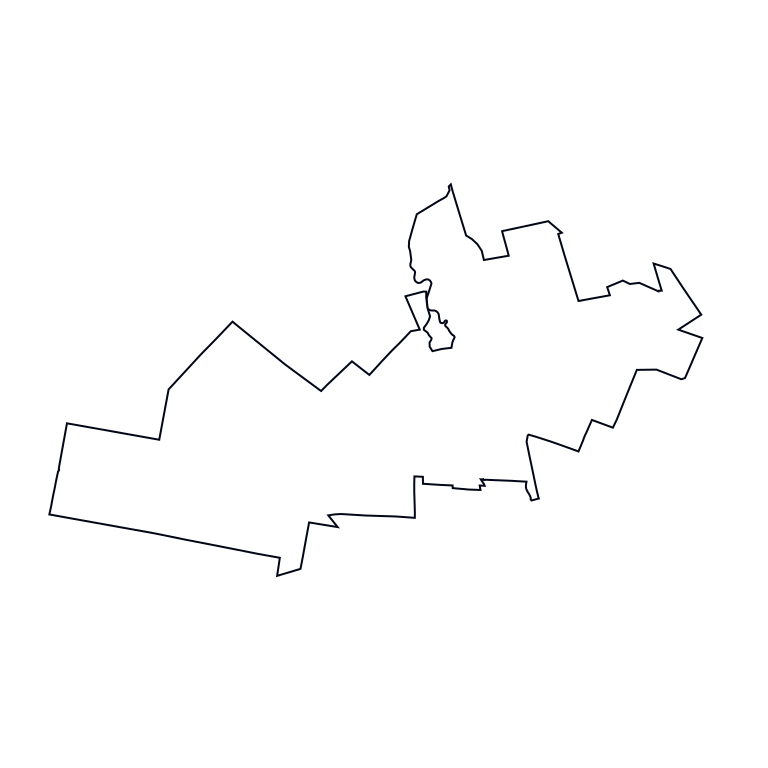 Bragadiru, Teleorman, Romania, rotated 191°
{"feature_id": "2599482B28400494535503", "entity_name": "Bragadiru", "entity_type": "district", "adm_level": 2, "iso_a3": "ROU", "parent_name": "Romania", "parent_adm1": "Teleorman", "projection": "robinson", "projection_center": [25.524, 43.753], "detail": "fine", "context": "isolated", "style": "outline", "palette": "ink", "viewbox_px": 768, "rotation_deg": 191, "n_neighbors": 0, "source": "geoboundaries", "source_scale": "gbopen_adm2", "svg_char_len": 4109}
<svg xmlns="http://www.w3.org/2000/svg" viewBox="0 0 768 768"><g transform="rotate(191 384 384)"><path d="M244.9,570.1L252.2,574.2L253.7,575.2L278.9,564.4L297.2,556.6L296.4,554.7L294.8,551.5L287.9,537.6L286.1,533.7L297.2,529.5L308.2,525.3L309.6,524.8L313.4,533.3L318.8,538.9L325.3,543.0L331.7,545.4L342.3,565.3L348.6,577.2L353.9,587.3L356.5,592.7L358.1,590.3L356.6,586.6L358.5,580.1L360.9,577.8L365.3,574.1L384.2,556.9L385.6,541.9L386.6,529.1L385.8,523.4L383.7,519.4L380.9,511.0L380.9,509.4L381.0,506.7L380.8,505.5L380.5,504.7L380.1,504.0L378.9,503.1L377.2,501.9L376.0,501.3L375.5,500.8L375.0,500.1L374.8,499.3L374.7,497.9L374.7,495.4L374.6,494.2L374.2,493.1L373.5,491.6L372.7,490.9L371.9,490.4L371.2,490.0L370.2,489.8L369.1,489.8L368.0,490.2L367.3,490.6L366.5,491.3L364.9,493.2L363.4,494.3L362.3,494.8L361.2,495.0L360.6,495.0L359.9,494.9L359.1,494.5L358.2,493.9L357.2,492.9L356.8,492.1L356.6,491.5L356.6,491.1L356.7,490.4L357.0,487.9L357.4,484.3L357.8,480.9L358.2,478.4L358.3,477.2L358.3,475.9L358.0,474.8L356.9,470.6L356.2,468.6L355.7,467.2L355.2,466.4L354.7,465.9L353.9,465.6L352.9,465.3L351.8,465.2L350.6,465.3L348.6,465.8L347.8,465.7L346.9,465.5L345.8,465.0L344.9,464.4L344.0,463.5L343.5,462.6L343.0,461.1L342.0,458.2L340.9,455.8L340.6,455.4L340.3,455.1L339.8,454.9L339.5,454.8L339.1,454.8L338.5,454.8L338.1,454.9L337.6,455.3L337.0,455.8L336.7,456.3L336.4,457.0L336.3,457.5L336.0,457.9L335.7,458.1L335.3,458.2L334.9,458.2L334.5,458.1L334.2,457.7L334.1,457.4L334.1,456.8L334.2,456.2L334.5,455.5L335.1,454.7L335.3,454.0L335.2,453.4L335.0,452.9L334.3,452.3L332.5,451.2L331.3,450.2L330.4,448.9L328.9,447.4L326.9,445.7L326.0,445.2L325.0,444.9L324.4,444.5L324.0,444.1L323.7,443.6L323.6,443.2L323.7,442.8L324.0,441.6L324.4,440.2L324.7,438.6L324.8,437.1L324.7,432.4L334.1,429.4L341.5,426.0L342.7,425.5L343.4,426.2L344.3,427.2L346.3,429.4L347.2,433.5L346.0,436.4L346.1,438.2L346.7,438.6L349.1,440.4L351.1,442.8L355.2,444.8L355.6,446.8L353.6,451.0L352.2,455.1L351.7,459.2L356.0,467.3L359.2,477.5L360.1,482.7L363.1,482.2L368.7,479.5L379.7,474.2L359.3,444.2L367.8,440.9L371.6,434.8L376.5,427.2L382.6,418.3L390.6,405.7L393.3,401.2L400.1,390.1L419.8,400.1L439.6,372.4L444.4,365.1L484.6,384.2L538.7,413.1L543.3,415.6L544.6,416.3L557.2,396.6L569.4,378.1L594.4,337.6L594.0,286.4L687.7,284.9L687.3,252.5L687.1,238.6L686.7,238.2L686.6,237.8L686.5,237.5L686.6,237.2L686.7,236.8L687.0,236.5L687.2,236.2L687.3,235.9L687.2,235.1L687.3,233.8L687.4,227.1L687.4,222.8L687.4,217.0L687.5,211.9L687.5,207.1L687.4,201.0L687.5,196.2L687.6,193.2L687.6,192.6L687.6,192.1L663.5,192.4L656.4,192.5L581.1,193.6L548.2,193.3L500.8,193.3L478.4,193.2L475.7,193.2L453.1,193.5L452.3,175.3L430.7,186.6L430.7,197.5L431.0,221.6L431.1,233.8L402.2,234.7L413.6,244.4L407.5,246.6L401.2,248.2L376.9,251.4L347.2,256.2L328.2,258.5L329.0,262.8L330.6,270.1L333.7,283.8L335.4,292.5L336.5,299.1L332.5,299.7L328.1,300.3L326.7,293.5L314.9,295.0L309.4,295.7L297.3,297.5L296.7,294.9L290.9,295.5L285.3,296.1L281.4,296.5L279.7,296.7L269.1,298.4L270.7,302.6L265.8,303.3L266.8,304.9L269.4,307.4L270.8,308.9L269.1,309.2L268.8,309.2L268.5,309.3L268.3,309.5L267.6,308.8L265.5,309.5L264.1,309.7L262.5,309.9L240.3,313.3L236.5,313.8L225.5,315.3L225.5,314.0L225.3,311.6L225.2,310.4L224.9,309.7L224.6,308.9L224.5,308.5L224.4,308.2L224.1,307.7L223.6,307.1L222.9,306.3L222.3,305.4L220.7,303.8L219.1,301.7L218.4,300.5L218.0,299.3L217.9,298.8L217.9,298.5L217.0,297.8L210.4,301.0L210.2,301.1L211.2,303.0L212.2,305.3L213.2,307.3L216.4,314.8L220.7,325.1L227.3,340.7L233.0,354.5L233.1,360.9L232.3,361.9L224.9,361.2L220.6,360.7L209.2,359.3L202.9,358.4L180.2,354.9L177.8,366.6L177.3,370.2L176.7,372.7L176.2,374.5L174.1,383.7L173.1,388.4L151.0,384.8L148.8,393.1L147.5,399.7L145.6,409.8L143.4,421.2L138.5,446.1L134.2,447.0L119.3,450.1L93.1,445.4L89.7,447.2L89.3,448.8L80.3,489.9L105.5,493.5L85.8,512.6L108.6,535.2L124.7,551.6L133.5,552.7L142.3,553.7L135.8,541.1L129.2,528.6L132.0,528.0L132.1,527.3L152.7,532.0L161.7,529.1L169.3,531.1L183.4,521.7L179.2,514.2L208.9,502.6L222.6,528.3L231.6,545.2L241.6,564.5L238.3,566.4L244.9,570.1Z" fill="none" stroke="#020617" stroke-width="2"/></g></svg>